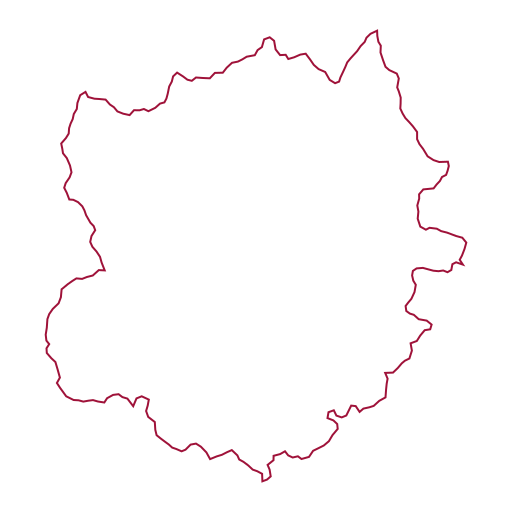 Pilar do Sul, São Paulo, Brazil
{"feature_id": "56859067B92948515597814", "entity_name": "Pilar do Sul", "entity_type": "district", "adm_level": 2, "iso_a3": "BRA", "parent_name": "Brazil", "parent_adm1": "São Paulo", "projection": "orthographic", "projection_center": [-47.722, -23.858], "detail": "fine", "context": "isolated", "style": "outline", "palette": "rose", "viewbox_px": 512, "rotation_deg": 0, "n_neighbors": 0, "source": "geoboundaries", "source_scale": "gbopen_adm2", "svg_char_len": 3613}
<svg xmlns="http://www.w3.org/2000/svg" viewBox="0 0 512 512"><path d="M61.2,143.5L62.3,148.8L63.0,153.3L66.8,158.1L70.0,165.5L71.5,172.3L69.6,177.4L65.7,183.1L64.2,187.8L66.8,192.9L69.3,199.5L73.3,199.8L78.0,202.1L82.3,206.3L84.4,210.3L86.1,215.2L90.4,222.7L93.7,226.1L95.2,230.2L91.5,236.0L90.2,241.9L92.4,246.8L96.5,251.5L100.0,256.8L101.6,262.5L104.7,270.4L98.8,270.1L92.8,275.5L86.9,277.0L82.1,278.9L76.4,278.4L72.3,281.0L67.9,284.1L61.6,289.3L60.9,297.2L58.6,303.3L52.8,308.9L49.2,314.1L47.4,319.1L46.8,327.7L45.7,334.7L46.4,340.6L49.2,344.1L46.5,348.3L46.8,353.0L51.3,358.2L55.4,362.0L57.6,369.4L59.9,377.6L56.9,383.0L60.1,387.9L66.2,396.3L73.6,400.0L78.6,400.3L83.3,401.6L88.4,400.7L93.0,400.1L97.9,401.5L104.3,402.5L107.1,398.2L113.1,394.9L118.6,394.2L122.4,397.1L127.4,398.6L133.2,406.2L136.5,398.4L141.7,396.3L148.8,399.6L147.7,405.6L146.1,411.0L148.2,416.9L154.8,422.0L155.3,429.8L156.6,435.2L160.7,438.5L165.5,442.1L168.8,444.5L172.2,447.6L176.3,449.0L181.6,451.3L185.5,449.7L190.6,444.6L196.0,443.6L200.9,446.7L206.4,452.4L210.1,459.1L216.7,456.4L221.9,454.8L227.0,452.2L231.8,450.1L237.4,455.4L239.2,459.5L243.4,461.8L248.2,465.4L252.7,469.6L257.2,471.2L262.1,473.8L262.4,481.3L267.0,479.6L270.7,476.4L269.6,469.6L267.6,464.9L273.5,460.2L273.6,455.8L280.1,454.1L285.0,451.3L288.2,455.4L292.7,457.5L297.9,456.3L301.5,459.0L309.0,456.9L313.1,450.8L317.8,448.5L323.8,445.5L328.9,441.2L332.5,435.1L337.7,428.9L337.2,424.0L333.4,420.4L327.5,418.1L328.5,412.2L333.8,410.3L336.4,415.6L341.7,417.4L346.3,415.5L351.2,405.6L355.7,406.1L359.6,411.9L363.4,408.6L369.3,407.3L373.7,405.9L379.3,400.8L385.5,397.4L386.1,389.3L386.7,383.6L387.6,378.7L385.2,372.9L393.0,372.6L397.7,368.1L401.8,363.3L404.9,360.7L409.4,358.5L411.9,350.6L410.6,343.3L416.8,341.0L420.2,335.6L424.7,330.2L430.2,329.3L431.6,324.6L426.7,320.6L418.7,319.2L413.8,314.8L409.9,313.6L406.3,311.0L405.6,306.0L408.2,302.6L411.4,298.8L414.5,292.1L415.8,284.8L413.3,280.7L412.1,275.4L412.9,270.9L416.6,268.4L422.9,267.9L433.3,270.7L438.5,271.2L443.2,270.5L447.5,272.2L451.3,270.0L452.4,264.2L456.1,262.3L462.9,264.6L459.7,259.8L462.0,255.5L464.5,249.0L466.3,242.6L462.3,237.7L456.1,236.0L447.0,232.6L441.1,231.1L436.8,228.7L429.5,227.8L425.9,229.7L420.3,226.6L417.7,218.7L418.4,211.6L417.3,205.5L419.2,198.6L419.1,194.3L423.3,189.4L428.5,188.9L433.6,188.4L436.6,184.5L439.9,181.0L442.0,177.0L446.1,174.9L447.6,170.7L448.8,166.0L447.9,161.7L439.2,162.0L433.5,160.1L427.6,156.3L423.1,148.9L419.5,144.2L417.1,139.2L417.1,132.0L412.9,126.3L409.2,122.1L405.4,118.1L402.6,113.5L400.3,108.5L400.6,103.6L400.7,97.6L398.8,91.4L397.2,87.4L398.8,78.5L396.8,73.6L389.3,70.1L385.5,66.8L383.1,60.3L380.5,52.5L380.8,45.7L378.4,41.8L377.3,35.9L377.1,30.7L370.5,33.8L366.5,37.7L364.7,41.9L360.6,46.1L357.1,51.2L353.7,54.9L350.5,58.4L347.2,62.4L345.4,66.8L343.0,72.0L340.4,77.5L339.1,81.6L335.1,83.2L329.7,79.9L325.2,72.0L318.6,69.1L313.8,64.9L310.1,59.5L305.7,53.7L300.3,54.6L294.1,57.3L288.3,59.0L285.7,54.8L280.1,55.1L275.6,49.4L274.1,40.8L269.7,37.3L264.1,39.4L261.9,47.1L257.6,50.1L254.8,55.2L246.7,56.7L242.3,59.4L237.9,61.6L232.0,62.8L226.7,67.7L222.8,72.7L214.9,72.9L209.8,78.3L202.9,78.0L196.0,77.5L191.8,80.8L187.4,79.7L183.0,76.4L177.1,72.6L173.1,76.4L171.8,81.6L169.2,86.5L167.7,93.8L166.4,98.6L164.4,102.4L160.0,103.6L155.3,107.8L148.4,111.2L143.9,109.0L139.5,110.3L134.0,110.2L129.6,115.1L123.2,113.7L117.4,111.4L113.9,107.2L109.9,104.5L105.6,99.6L99.2,99.0L94.4,98.7L88.1,97.0L85.5,91.9L80.2,95.2L77.4,103.0L76.8,109.0L73.8,114.0L72.7,119.1L70.6,123.6L69.1,128.2L68.7,133.6L65.9,138.1L61.2,143.5Z" fill="none" stroke="#9f1239" stroke-width="2"/></svg>